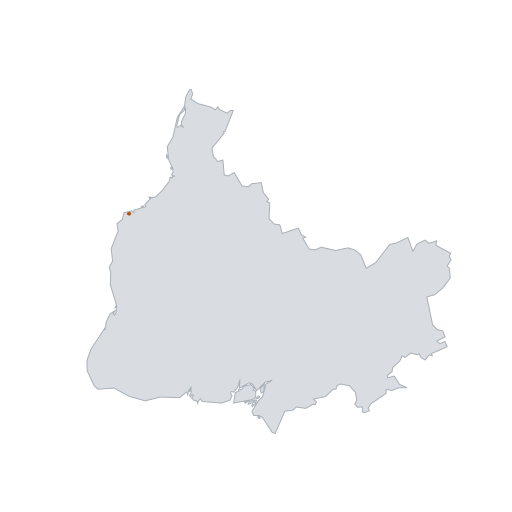 location of Rio Bonito, Rio de Janeiro, Brazil, rotated 167°
{"feature_id": "56859067B12785647201929", "entity_name": "Rio Bonito", "entity_type": "district", "adm_level": 2, "iso_a3": "BRA", "parent_name": "Brazil", "parent_adm1": "Rio de Janeiro", "projection": "albers", "projection_center": [-42.592, -22.736], "detail": "fine", "context": "in_parent", "style": "filled", "palette": "amber", "viewbox_px": 512, "rotation_deg": 167, "n_neighbors": 0, "source": "geoboundaries", "source_scale": "gbopen_adm2", "svg_char_len": 4325}
<svg xmlns="http://www.w3.org/2000/svg" viewBox="0 0 512 512"><g transform="rotate(167 256 256)"><path d="M121.1,123.5L127.1,126.6L133.6,123.6L136.1,125.8L139.3,121.6L147.9,116.6L149.4,112.8L155.0,110.0L155.2,107.7L148.3,107.9L145.1,98.7L138.4,93.7L146.8,95.5L153.8,94.4L159.2,96.7L160.2,92.8L177.4,86.1L180.9,82.5L180.3,79.7L185.7,78.9L187.4,80.1L186.3,85.0L191.1,85.8L193.1,89.4L190.3,92.8L189.8,100.7L194.1,108.6L202.9,112.4L206.4,111.3L207.9,108.4L211.1,108.7L220.1,103.4L232.1,103.7L230.0,100.3L231.6,97.9L234.1,98.7L241.7,96.3L250.8,99.8L254.4,97.4L262.8,98.3L277.2,78.8L279.9,80.5L286.1,97.3L288.9,99.8L294.1,101.1L294.9,105.4L286.6,114.2L281.4,117.2L275.0,129.1L268.2,131.2L275.4,131.0L285.7,124.6L288.2,131.9L291.2,134.0L302.1,130.9L299.3,139.4L303.2,132.5L308.1,128.4L310.7,129.5L311.8,128.3L310.7,125.3L313.9,121.5L322.5,120.4L341.1,126.3L342.4,129.5L345.0,127.2L349.3,129.6L350.5,132.4L348.3,134.3L349.3,135.3L351.5,133.4L352.1,135.2L350.0,137.1L348.8,142.8L351.6,140.4L353.7,136.1L354.1,139.2L362.2,135.2L381.3,140.1L396.6,139.8L411.3,147.9L423.9,159.2L440.0,161.8L442.9,166.0L446.3,182.0L444.2,192.3L437.6,202.5L420.0,219.2L420.0,217.7L416.6,225.6L411.2,232.4L408.7,233.4L407.0,230.2L405.4,231.7L403.0,239.2L404.4,260.8L401.2,273.1L401.5,278.1L396.9,283.3L395.4,295.8L384.7,311.5L384.2,318.8L378.0,321.7L375.0,327.8L366.9,327.9L365.2,325.6L364.6,328.2L352.2,328.9L352.8,331.0L345.1,336.2L340.6,336.2L333.0,340.6L323.5,348.5L321.8,352.2L320.0,350.9L319.4,352.6L317.2,351.9L320.1,354.0L317.9,356.4L317.4,360.5L319.4,369.3L317.9,382.4L310.3,390.3L301.5,408.7L292.8,417.3L292.4,414.6L298.7,410.9L303.8,400.8L303.9,399.0L300.1,400.3L297.7,397.3L299.0,400.3L298.2,404.1L292.9,410.4L291.4,415.2L292.1,417.8L288.4,427.2L283.0,433.2L281.6,432.5L281.3,428.0L284.3,423.7L278.6,417.7L266.5,411.3L262.6,407.6L259.5,410.0L258.9,407.2L251.8,401.5L248.8,403.5L245.4,402.9L258.1,384.4L259.8,384.4L259.4,382.7L274.5,371.2L275.2,362.6L271.9,356.6L266.7,357.0L268.7,342.2L265.2,340.3L258.5,342.2L253.8,327.3L247.8,325.2L243.7,327.4L234.3,326.2L234.6,316.1L230.9,308.5L233.3,306.5L230.7,304.5L234.9,289.4L231.2,283.1L225.8,281.0L225.3,272.0L208.5,273.8L207.0,266.4L203.4,263.2L206.3,262.8L202.7,250.8L197.0,248.7L190.4,249.9L177.4,243.5L164.4,243.2L158.4,239.7L153.7,233.5L151.4,219.3L140.5,222.8L123.0,237.3L117.1,236.9L103.9,239.9L102.1,225.3L96.4,231.4L87.6,233.5L84.8,229.4L76.8,230.1L78.2,225.8L65.7,214.8L67.9,212.0L66.8,208.5L71.9,203.3L70.3,200.2L71.8,190.7L80.8,183.1L90.5,178.1L98.8,177.7L99.4,149.1L95.9,143.5L90.9,141.1L89.9,134.8L98.9,132.4L96.7,129.3L91.2,130.2L90.2,124.6L107.2,121.4L106.6,119.1L109.6,120.7L114.5,116.6L117.9,119.7L119.1,124.1L121.1,123.5ZM291.9,116.9L310.9,117.7L306.9,127.6L303.4,128.0L302.9,129.7L300.1,129.0L297.2,131.7L290.1,132.0L287.3,127.2L289.1,125.9L286.7,124.3L288.0,118.5L291.9,116.9ZM276.5,129.6L279.0,122.4L281.9,121.3L281.9,125.6L276.5,129.6ZM297.0,113.3L295.3,115.9L290.9,115.6L291.5,113.9L297.0,113.3ZM290.3,110.7L289.9,116.1L288.0,115.6L290.3,110.7ZM300.1,116.5L297.5,116.9L296.2,116.5L299.5,114.8L300.1,116.5ZM287.8,117.3L285.1,119.2L283.9,118.3L285.8,116.7L287.8,117.3ZM292.7,112.4L291.3,111.3L293.5,110.1L293.8,111.1L292.7,112.4ZM290.5,98.8L288.9,99.1L288.4,97.2L289.9,97.0L290.5,98.8ZM320.2,374.7L319.7,372.9L320.7,371.1L321.0,371.6L320.2,374.7ZM346.5,335.4L346.9,337.4L345.2,337.0L346.5,335.4ZM318.9,361.7L318.1,360.7L319.1,359.5L319.5,359.9L318.9,361.7ZM351.1,139.2L350.0,141.3L351.1,138.4L351.1,139.2ZM407.8,233.7L406.0,234.3L407.2,232.6L407.8,233.7ZM356.7,329.7L355.0,330.4L354.6,330.0L355.7,329.0L356.7,329.7ZM404.8,237.5L404.1,238.6L403.7,237.9L404.8,237.5ZM345.9,125.4L346.1,126.5L345.5,126.3L345.9,125.4Z" fill="#d9dde1" stroke="#a8b0b8" stroke-width="1"/><path d="M371.5,325.7L371.4,325.7L371.2,325.6L370.9,325.6L370.7,325.6L370.7,325.4L370.7,325.2L370.7,324.7L370.4,324.6L370.2,324.7L370.1,324.8L369.9,324.9L369.9,325.0L369.8,324.9L369.7,324.9L369.4,324.8L369.3,325.0L369.2,325.0L368.9,325.2L368.8,325.3L369.1,325.6L369.2,325.8L369.3,325.9L369.3,326.0L369.3,326.3L369.5,326.3L369.5,326.5L369.5,326.8L369.8,326.8L369.8,326.7L370.0,326.6L370.2,326.4L370.3,326.4L370.4,326.5L370.5,326.5L370.7,326.4L370.7,326.5L370.8,326.5L371.0,326.6L371.3,326.5L371.4,326.4L371.5,326.2L371.5,325.9L371.5,325.7L371.5,325.7Z" fill="#f59e0b" stroke="#b45309" stroke-width="1.5"/></g></svg>